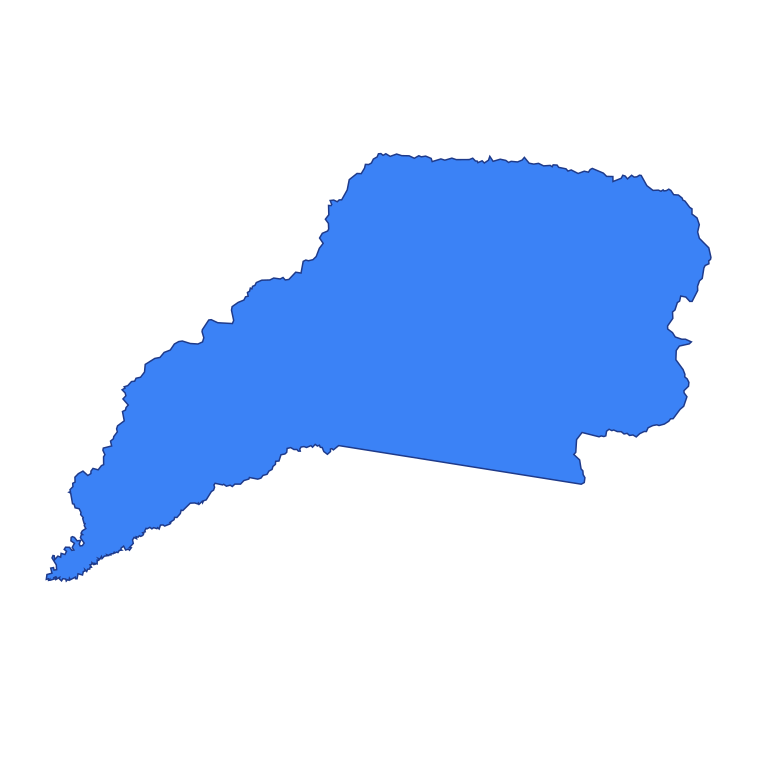 Purus, Ucayali, Peru, rotated 189°
{"feature_id": "86281439B73301228794049", "entity_name": "Purus", "entity_type": "district", "adm_level": 2, "iso_a3": "PER", "parent_name": "Peru", "parent_adm1": "Ucayali", "projection": "mercator", "projection_center": [-71.206, -10.219], "detail": "fine", "context": "isolated", "style": "filled", "palette": "blue", "viewbox_px": 768, "rotation_deg": 189, "n_neighbors": 0, "source": "geoboundaries", "source_scale": "gbopen_adm2", "svg_char_len": 6134}
<svg xmlns="http://www.w3.org/2000/svg" viewBox="0 0 768 768"><g transform="rotate(189 384 384)"><path d="M172.1,628.9L175.6,624.7L178.3,627.1L180.8,627.5L181.9,624.3L189.5,619.8L190.4,624.7L196.6,623.9L200.3,626.6L212.0,629.5L213.9,628.1L215.2,625.2L219.5,625.5L225.2,622.3L232.6,624.7L235.6,623.1L237.9,625.0L245.4,625.3L247.3,627.3L251.2,626.9L251.9,624.9L254.0,625.9L260.5,624.4L265.9,626.1L270.5,624.6L275.2,624.8L280.8,629.8L282.6,626.8L286.8,624.2L293.3,623.8L295.6,622.3L298.7,623.9L304.4,624.2L311.1,621.0L315.1,625.4L315.8,621.4L319.5,618.0L322.0,619.8L325.9,617.3L326.7,618.7L328.6,618.6L331.7,620.9L334.9,619.0L347.7,616.9L352.3,617.7L358.9,614.6L363.0,615.2L371.2,611.2L372.7,614.2L378.5,615.6L382.7,614.2L385.3,614.9L389.4,611.7L394.9,613.3L402.2,612.3L407.5,613.1L413.5,609.8L418.2,611.7L420.7,609.7L423.1,611.1L425.5,610.5L426.3,607.2L429.7,604.5L431.0,600.3L433.4,598.4L436.7,598.0L437.0,594.2L439.4,588.2L443.6,587.7L450.3,580.4L450.7,569.9L454.6,559.3L457.1,558.8L458.7,556.7L462.4,557.8L465.9,556.8L463.7,553.1L464.2,551.9L466.7,551.7L465.0,542.5L467.7,537.6L464.0,533.9L462.9,528.4L463.6,526.3L468.5,523.2L470.5,518.1L466.1,513.4L469.1,507.9L470.9,499.3L473.6,495.7L477.9,493.9L480.6,494.2L483.0,492.5L483.3,480.6L488.7,480.6L494.3,472.4L497.8,471.3L500.4,473.4L503.0,471.5L509.5,471.4L513.0,468.9L521.0,467.4L526.0,464.2L526.9,461.2L529.1,459.9L529.4,457.3L531.0,457.8L531.3,454.6L533.2,453.0L531.9,449.5L534.4,448.4L535.5,445.0L540.8,441.8L546.1,436.7L546.2,433.1L542.4,423.2L543.2,420.0L557.8,418.5L564.7,420.5L567.1,419.8L571.9,409.2L571.9,407.2L569.2,401.5L569.8,397.2L574.0,394.4L581.7,393.7L589.9,394.9L593.4,393.8L597.3,390.7L600.4,384.1L606.1,380.8L609.4,375.2L614.4,373.4L622.9,366.0L622.4,358.4L625.5,352.6L629.8,350.9L630.7,347.8L633.8,346.9L636.8,342.3L640.2,340.6L639.2,339.4L641.8,337.3L638.3,334.7L637.1,332.0L639.5,328.4L633.3,323.2L635.1,320.4L635.3,317.8L638.0,315.9L634.8,307.0L640.6,301.0L641.1,297.9L639.9,295.0L642.7,289.8L642.7,287.6L645.2,284.8L643.3,280.2L651.2,276.8L651.3,274.6L648.6,270.5L649.6,268.2L648.3,260.5L650.3,259.2L652.9,254.5L658.2,255.1L659.8,252.1L659.5,249.7L662.2,247.3L667.7,250.9L671.9,247.6L674.7,243.6L673.8,238.8L675.9,237.2L675.2,233.9L677.6,230.6L676.9,228.6L678.2,227.8L676.4,227.2L672.9,217.0L671.3,216.8L669.7,213.4L665.6,213.1L663.2,209.8L663.2,207.6L660.1,204.9L660.5,203.9L658.3,199.2L657.5,199.3L657.9,197.2L655.9,194.6L659.0,191.8L659.9,189.3L658.1,188.1L659.4,187.7L659.8,184.7L655.3,180.0L656.6,177.2L658.7,176.5L660.0,178.3L659.2,182.1L662.6,181.1L665.7,184.0L667.8,184.5L669.0,183.6L668.7,180.1L664.8,178.2L666.4,173.9L664.3,171.5L666.3,170.8L669.0,173.5L673.0,173.0L674.0,170.6L671.4,169.1L672.4,165.7L676.4,166.2L676.3,162.4L679.2,163.0L681.7,159.1L682.9,162.8L684.1,162.8L684.7,160.3L679.4,154.1L678.3,149.4L680.8,148.6L681.7,151.0L684.4,150.0L682.4,145.2L687.1,143.1L687.0,138.2L685.1,139.1L684.7,137.8L683.8,138.7L683.9,137.8L682.7,138.1L679.3,139.8L679.8,141.0L677.9,142.3L677.1,141.3L678.2,140.1L677.7,139.4L674.1,142.3L674.2,140.8L671.7,139.1L670.7,141.5L667.8,141.5L667.0,139.7L666.1,141.1L664.3,140.9L664.3,142.9L663.2,141.6L658.7,144.9L658.2,143.4L656.7,143.6L656.5,148.7L651.9,148.2L651.6,151.7L650.0,152.6L650.5,154.0L648.3,152.3L647.7,154.7L645.7,155.2L645.7,156.9L644.3,157.3L646.1,159.4L644.5,160.1L644.5,161.9L642.5,160.2L641.3,160.7L641.9,161.6L639.2,161.4L639.7,165.2L638.2,165.1L637.8,166.0L638.9,167.0L637.2,166.6L636.1,169.4L635.2,167.4L633.3,170.2L630.5,171.1L631.1,172.0L629.0,171.5L628.5,172.6L627.0,172.4L627.0,173.6L624.8,174.1L624.2,175.6L623.5,174.9L621.7,176.2L620.4,175.9L619.4,178.2L617.0,178.9L618.0,179.4L617.9,180.9L615.8,183.1L613.2,179.6L610.6,180.9L609.4,180.0L608.0,182.7L609.7,182.8L606.7,187.3L608.0,190.8L606.8,193.0L607.4,193.6L604.2,192.5L604.9,194.4L602.9,194.3L601.9,195.9L600.5,195.4L598.6,196.7L597.9,198.5L599.1,199.3L596.7,200.7L597.3,201.7L596.4,204.2L595.4,203.9L592.8,205.8L590.6,204.6L589.0,206.1L585.7,205.6L585.1,206.7L583.4,205.6L582.7,209.7L580.1,210.2L578.4,209.4L573.5,212.3L572.9,213.4L573.7,213.8L570.1,217.2L570.0,219.5L567.6,219.8L564.9,224.2L564.6,227.6L562.9,227.6L556.7,236.0L552.3,236.9L549.0,236.4L548.8,237.3L547.9,236.2L545.3,239.6L544.6,238.3L544.0,240.4L541.5,241.7L537.7,250.7L535.7,252.6L535.2,255.6L536.2,257.6L535.3,259.5L527.6,259.1L526.6,259.9L523.7,258.4L520.1,260.0L517.8,259.0L515.6,261.8L510.0,262.7L507.3,266.7L502.6,269.0L502.3,270.6L493.8,270.3L490.8,271.8L489.2,274.8L485.4,276.5L484.0,280.0L481.2,282.1L480.8,285.2L478.7,287.6L478.9,290.7L475.7,291.5L474.7,298.0L470.9,299.4L469.4,301.3L469.6,305.2L466.2,306.6L462.7,305.2L459.8,305.7L458.1,304.3L456.2,304.6L457.0,306.6L456.0,308.8L453.2,309.7L450.6,309.2L446.5,311.7L444.7,310.4L442.5,313.6L440.1,312.3L438.2,313.4L437.0,311.5L435.1,311.6L432.9,307.9L428.9,305.7L426.3,308.9L426.7,311.4L425.4,312.0L423.7,311.0L419.1,316.1L173.5,315.9L170.8,318.0L170.9,322.9L173.1,325.6L174.0,329.3L176.1,331.0L178.9,339.6L185.5,344.1L183.9,346.5L185.1,359.2L180.8,367.1L163.3,365.5L161.4,366.7L158.6,366.5L156.8,367.5L156.8,372.2L154.6,374.5L151.7,373.6L149.9,374.5L146.2,373.5L142.2,374.0L139.1,372.2L136.1,373.3L133.5,371.6L130.1,372.6L126.6,371.2L123.6,375.0L119.6,377.8L117.4,378.1L116.3,382.1L112.0,385.0L108.1,386.4L105.9,386.0L100.8,388.3L96.8,391.9L95.6,394.4L93.0,395.0L87.6,405.3L84.5,408.9L82.8,418.8L86.2,422.2L86.7,424.3L82.9,429.4L83.1,433.3L85.4,436.5L88.1,438.1L88.3,440.6L90.9,445.1L99.5,453.6L100.6,462.8L98.2,467.7L88.8,471.4L87.0,473.7L93.3,475.4L96.8,474.8L103.7,476.0L107.1,479.9L112.4,482.7L113.0,485.7L109.0,494.0L110.3,500.3L108.2,502.6L107.0,510.3L105.0,512.1L104.7,517.3L99.5,517.1L94.9,513.4L92.6,513.8L88.8,525.4L89.6,529.5L88.5,535.4L86.2,538.0L86.2,548.7L85.3,551.3L81.9,553.6L82.5,556.5L81.0,558.1L80.9,560.2L84.5,569.3L95.3,577.2L98.0,583.2L97.5,590.7L100.8,597.0L106.4,600.0L107.2,605.2L109.6,606.2L115.3,611.7L117.7,612.5L118.5,614.2L122.8,616.7L127.5,616.3L130.9,620.0L133.2,621.0L135.3,619.2L137.7,618.5L138.7,619.4L140.6,617.7L143.3,618.4L148.6,617.3L155.4,621.0L162.6,630.2L164.4,630.2L166.6,628.2L169.3,627.5L172.1,628.9Z" fill="#3b82f6" stroke="#1e3a8a" stroke-width="1.5"/></g></svg>